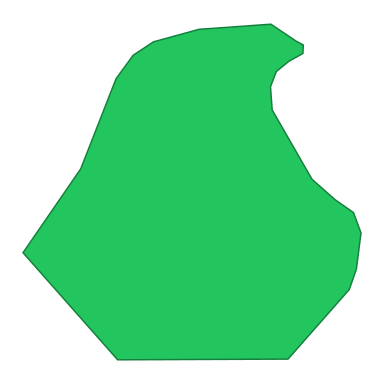 the Municipality of Vitanje
{"feature_id": "SVN-1002", "entity_name": "Vitanje", "entity_type": "Municipality", "adm_level": 1, "iso_a3": "SVN", "parent_name": "Slovenia", "parent_adm1": "", "projection": "albers", "projection_center": [15.317, 46.408], "detail": "fine", "context": "isolated", "style": "filled", "palette": "green", "viewbox_px": 384, "rotation_deg": 0, "n_neighbors": 0, "source": "natural_earth", "source_scale": "10m", "svg_char_len": 395}
<svg xmlns="http://www.w3.org/2000/svg" viewBox="0 0 384 384"><path d="M288.0,359.1L117.6,359.8L23.0,252.7L80.7,168.9L116.1,78.6L133.2,55.2L153.5,41.8L199.0,29.3L270.9,24.2L295.9,41.0L303.3,45.0L302.9,53.5L288.8,61.3L276.3,71.6L270.5,86.7L272.2,110.0L312.1,179.4L335.1,199.7L353.5,212.6L361.0,232.9L356.4,269.1L349.3,289.5L288.0,359.1Z" fill="#22c55e" stroke="#15803d" stroke-width="1.5"/></svg>